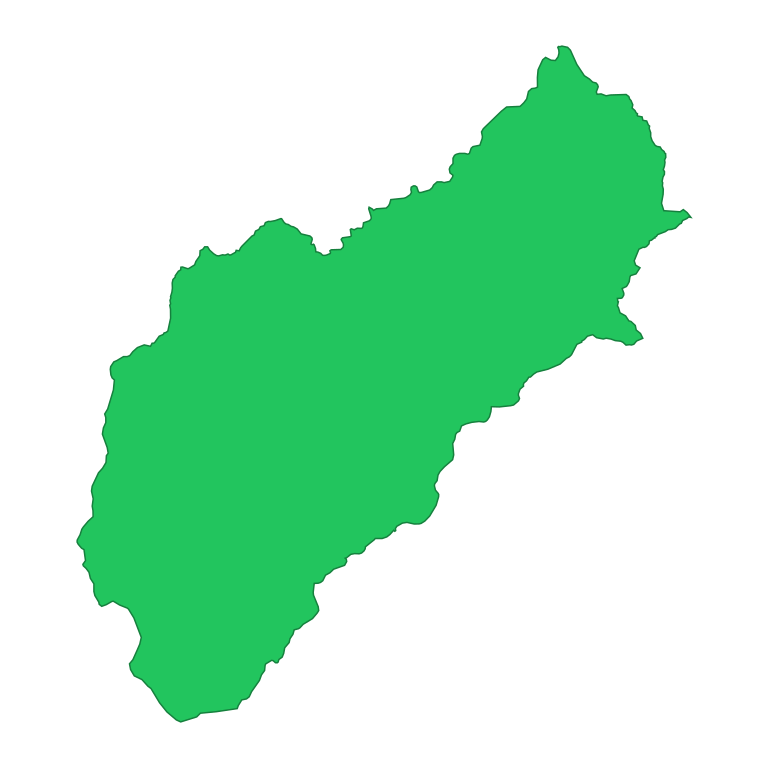 Timaná, Huila, Colombia
{"feature_id": "7082276B8755035279913", "entity_name": "Timaná", "entity_type": "district", "adm_level": 2, "iso_a3": "COL", "parent_name": "Colombia", "parent_adm1": "Huila", "projection": "orthographic", "projection_center": [-75.889, 1.95], "detail": "fine", "context": "isolated", "style": "filled", "palette": "green", "viewbox_px": 768, "rotation_deg": 0, "n_neighbors": 0, "source": "geoboundaries", "source_scale": "gbopen_adm2", "svg_char_len": 6070}
<svg xmlns="http://www.w3.org/2000/svg" viewBox="0 0 768 768"><path d="M237.2,708.6L238.3,705.5L241.8,699.9L246.5,698.9L249.2,696.8L251.6,691.6L259.4,680.5L261.5,674.8L264.6,670.5L265.1,665.3L265.7,663.9L271.5,660.4L273.1,660.6L275.4,662.7L277.2,662.8L278.1,662.1L278.9,659.5L282.2,657.1L283.7,653.3L284.7,647.8L289.1,642.6L290.0,638.7L293.0,634.2L294.2,629.8L298.5,628.7L300.0,627.7L303.1,624.3L312.5,618.6L317.2,613.0L318.7,610.5L318.2,606.7L313.5,595.2L313.2,592.4L314.2,583.4L318.2,583.2L320.6,582.4L322.8,580.7L325.5,575.2L330.0,572.7L333.6,569.2L344.6,565.3L346.7,561.5L346.3,559.3L345.2,558.2L346.6,557.7L350.9,554.3L354.7,553.6L359.2,553.8L361.6,553.0L364.0,550.9L365.2,548.8L365.4,546.8L374.4,539.6L375.2,538.5L382.2,538.5L386.8,536.9L389.9,534.5L393.7,530.3L394.8,531.3L395.7,530.6L395.4,528.5L396.8,526.3L402.4,523.1L407.0,522.4L414.2,524.0L419.1,523.9L421.1,523.4L424.8,521.1L429.7,516.0L436.1,505.3L438.6,496.8L438.7,494.5L438.1,493.3L435.5,490.2L434.4,485.8L434.7,483.8L437.1,480.7L438.0,475.1L440.0,471.5L444.5,466.7L452.6,459.7L453.7,454.9L452.7,443.5L454.8,439.2L455.6,434.4L457.0,432.5L459.7,431.1L461.5,425.9L465.9,423.9L471.9,422.3L479.0,421.5L483.8,422.0L485.7,421.4L487.4,419.9L489.4,416.8L490.9,411.5L491.4,406.7L499.4,406.9L510.6,405.7L513.6,405.0L518.5,400.8L519.5,398.5L518.4,395.3L518.4,393.7L520.0,389.2L523.6,386.1L523.3,384.9L523.9,383.0L526.5,380.8L528.8,377.2L530.5,377.0L533.6,374.1L536.8,372.0L547.9,369.2L560.2,364.0L566.3,358.4L569.4,356.8L571.5,354.7L576.9,344.3L581.7,342.2L581.9,341.0L584.4,339.5L587.4,336.2L592.7,334.7L596.6,337.7L603.3,339.0L606.2,338.2L611.1,339.1L615.2,340.6L620.7,341.2L623.0,342.3L626.0,345.1L629.5,344.7L631.4,345.0L633.8,344.3L636.6,341.0L642.8,338.3L640.5,333.5L636.2,330.0L635.3,325.5L631.0,321.5L628.8,320.8L625.6,315.9L620.0,312.8L618.4,307.5L617.4,305.9L618.3,301.9L617.9,301.9L617.4,298.4L621.0,298.3L622.3,297.7L623.8,295.0L623.8,293.2L622.1,288.5L626.4,286.5L627.5,284.9L629.2,281.7L629.9,277.0L630.6,275.6L636.0,273.9L640.0,267.8L635.6,265.1L634.2,260.8L638.9,249.2L642.9,247.3L644.5,247.4L646.5,246.5L649.0,243.8L649.4,240.8L651.5,240.2L654.2,238.0L654.9,238.0L654.9,237.2L656.4,236.4L657.6,234.6L665.4,231.6L668.1,229.7L671.5,229.4L675.5,228.1L679.5,224.1L681.3,223.3L682.6,220.5L686.8,218.6L688.7,217.0L690.9,217.4L687.1,212.6L683.3,209.6L680.1,211.8L663.8,210.7L661.5,203.3L663.1,194.3L663.3,189.2L662.4,185.8L662.7,182.7L662.1,181.4L663.0,177.0L664.4,174.4L664.5,171.6L663.3,169.7L664.5,166.0L665.0,162.3L664.6,160.0L665.8,157.4L665.6,153.6L664.7,153.1L664.1,151.5L661.6,149.5L660.2,147.0L656.9,146.4L655.1,145.3L652.1,140.7L650.7,136.6L650.7,132.7L649.2,128.4L649.6,126.1L648.3,124.9L646.7,121.0L642.9,120.3L642.1,116.9L637.7,116.0L637.2,115.5L637.5,113.8L636.1,112.8L635.0,110.6L632.1,108.0L632.8,104.8L631.0,100.5L629.7,99.1L628.8,96.5L626.1,94.5L610.5,95.0L606.1,95.8L601.1,93.9L597.1,94.3L596.3,92.0L598.2,86.8L597.6,84.8L596.1,83.0L592.6,82.1L589.4,79.0L584.3,75.7L576.8,64.4L570.4,50.2L567.6,47.3L561.9,46.1L559.9,46.7L558.5,46.5L557.8,47.3L558.8,50.0L559.0,53.1L558.1,56.8L555.4,60.5L551.0,60.2L545.6,57.4L542.7,59.8L538.1,69.7L537.4,77.4L537.5,87.1L535.4,88.1L531.7,88.6L528.5,91.4L526.7,99.0L523.8,102.8L520.1,106.4L506.6,107.0L501.4,111.2L483.4,128.6L481.5,131.9L482.4,136.4L482.2,138.5L479.9,145.2L473.0,146.6L471.2,148.2L469.4,153.5L467.8,154.2L464.8,153.4L459.5,153.4L456.2,154.3L454.5,155.4L453.0,158.2L453.0,163.6L450.2,166.7L449.3,169.1L450.0,172.9L452.9,175.2L452.6,177.0L449.7,181.4L444.1,182.6L441.6,181.9L437.1,181.9L433.6,185.0L432.3,187.6L429.7,190.0L421.5,192.4L419.5,192.6L418.4,191.7L416.8,187.0L415.1,185.9L413.4,185.9L411.2,187.2L410.9,189.7L411.5,192.3L410.2,194.7L406.2,197.4L404.1,198.2L390.8,199.6L389.7,203.6L388.5,205.9L386.2,208.1L376.4,208.8L373.5,210.4L372.5,209.1L369.1,207.2L368.7,208.8L371.0,216.2L371.3,218.3L370.6,219.6L369.3,220.8L363.5,222.8L363.0,226.5L362.4,227.9L361.4,228.4L357.3,228.2L354.2,229.8L351.2,228.8L350.3,229.6L351.3,235.9L350.2,236.7L342.5,237.8L341.4,239.0L341.2,239.7L343.1,243.1L343.5,244.9L343.2,247.3L340.8,249.5L331.2,249.8L329.9,250.8L330.5,252.7L330.3,253.5L326.2,255.2L324.4,255.4L322.6,255.3L320.7,253.3L317.9,252.1L315.8,251.8L315.5,248.5L314.2,244.9L313.5,244.2L312.0,244.7L310.9,244.0L312.2,239.6L312.0,238.0L311.1,237.0L309.9,236.0L301.1,233.9L297.2,229.0L293.6,226.9L291.0,226.3L288.3,224.5L286.0,224.0L284.2,222.6L281.6,218.7L280.8,218.6L275.2,220.6L270.5,221.5L268.3,221.4L265.4,222.6L264.1,225.7L260.4,226.7L258.9,229.4L255.5,231.1L254.1,235.0L251.9,236.1L241.8,246.3L240.5,248.0L239.2,250.8L236.2,250.3L235.5,252.3L231.0,254.8L229.7,255.1L228.0,254.0L225.1,255.1L222.5,254.8L218.7,255.9L216.6,255.6L213.7,253.8L209.7,250.2L207.6,246.8L204.7,246.8L202.8,249.3L200.1,250.7L199.8,255.7L195.9,261.4L194.6,264.9L188.8,268.5L187.7,268.7L182.5,267.0L180.9,267.2L180.7,269.9L178.4,271.2L175.2,275.8L175.2,277.2L173.0,279.4L172.2,283.0L172.4,288.2L171.9,292.2L170.5,296.8L170.9,297.8L170.0,300.3L170.6,303.9L169.8,305.2L170.5,309.1L170.6,318.2L167.9,330.9L166.3,332.3L164.0,333.0L163.2,334.5L159.2,336.2L154.7,342.5L153.7,343.2L152.1,343.2L150.5,346.3L144.2,344.9L137.4,347.6L132.9,351.6L129.8,355.6L127.2,356.6L123.5,356.6L116.8,360.6L113.8,361.9L110.7,366.6L110.3,369.3L110.9,374.9L112.2,378.0L114.4,379.9L113.4,390.0L107.7,409.0L104.7,414.0L105.8,417.6L105.8,422.6L103.4,427.9L102.4,434.1L107.2,447.5L108.2,453.2L106.4,455.7L106.0,462.5L102.6,468.2L98.5,472.8L92.2,486.2L91.5,491.0L93.2,498.8L92.2,506.1L93.0,510.7L93.1,516.7L88.1,521.3L83.4,526.9L81.8,529.3L80.1,534.7L77.2,540.1L77.1,542.1L78.3,544.4L81.6,548.2L84.0,549.6L85.5,560.6L82.9,564.3L83.3,565.8L86.1,568.4L89.0,572.3L90.4,578.4L93.9,583.8L93.9,591.5L94.9,595.6L98.8,602.1L99.2,604.3L101.7,606.3L106.2,604.7L112.0,601.4L113.3,601.2L119.6,605.0L127.3,608.1L128.5,609.1L133.9,617.9L141.3,637.4L139.8,644.1L137.2,650.1L132.9,659.7L129.5,663.8L130.6,669.6L134.3,675.9L142.0,679.6L148.0,686.3L151.0,688.5L159.6,702.8L166.9,711.9L176.3,719.9L180.7,721.9L196.7,716.9L200.4,713.2L216.2,711.7L237.2,708.6Z" fill="#22c55e" stroke="#15803d" stroke-width="1.5"/></svg>